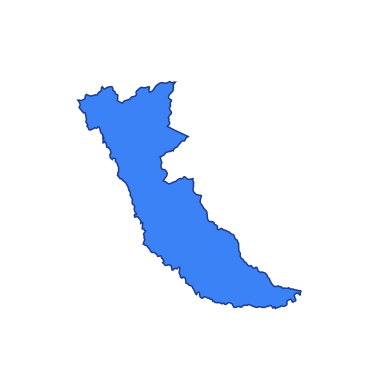 the district of Espinosa, Minas Gerais, Brazil, rotated 208°
{"feature_id": "56859067B62651951271608", "entity_name": "Espinosa", "entity_type": "district", "adm_level": 2, "iso_a3": "BRA", "parent_name": "Brazil", "parent_adm1": "Minas Gerais", "projection": "natural_earth1", "projection_center": [-42.979, -14.905], "detail": "fine", "context": "isolated", "style": "filled", "palette": "blue", "viewbox_px": 384, "rotation_deg": 208, "n_neighbors": 0, "source": "geoboundaries", "source_scale": "gbopen_adm2", "svg_char_len": 6084}
<svg xmlns="http://www.w3.org/2000/svg" viewBox="0 0 384 384"><g transform="rotate(208 192 192)"><path d="M306.0,203.6L305.5,205.5L304.2,205.7L303.4,204.7L302.1,203.7L301.3,202.4L299.8,201.3L297.4,200.7L297.3,199.6L295.2,198.3L296.1,197.6L294.8,196.3L293.8,193.7L292.9,194.1L292.9,195.8L290.3,194.3L288.9,192.2L287.9,191.4L286.8,192.1L285.7,191.5L284.1,191.1L281.8,188.3L282.1,186.4L280.2,183.9L277.6,183.2L277.6,184.8L276.5,185.2L275.2,185.2L274.4,184.5L274.3,183.2L271.1,182.1L270.6,181.0L268.2,179.2L267.4,177.3L266.4,175.7L266.6,174.2L265.9,173.3L265.8,171.8L264.1,171.2L262.1,170.1L261.2,170.1L260.4,170.8L259.0,169.8L254.8,169.0L250.1,165.9L249.5,164.8L248.4,163.8L246.4,162.8L245.7,161.6L244.9,159.9L243.2,159.1L241.4,157.7L239.6,154.0L238.8,153.3L237.1,153.3L235.6,151.9L235.4,150.4L234.1,148.6L233.3,147.9L230.6,146.6L230.9,145.5L232.1,145.3L231.9,144.0L230.7,142.9L229.4,144.1L227.8,144.5L226.9,143.9L225.0,143.4L223.4,142.1L222.6,140.2L221.5,141.9L220.5,141.3L220.3,139.5L219.6,138.3L218.8,136.1L217.2,136.8L216.4,135.9L214.6,135.8L215.1,132.6L214.6,131.6L213.4,130.5L212.8,128.9L211.4,127.8L210.7,123.2L208.7,123.0L206.7,123.3L202.0,121.3L200.9,120.3L199.4,119.8L197.9,120.3L196.9,120.9L193.5,120.2L192.2,119.1L191.1,119.6L190.3,120.5L189.6,121.0L188.7,120.6L187.9,119.4L186.8,119.4L185.6,118.4L184.7,118.2L184.4,117.2L184.8,115.8L182.3,115.1L181.2,114.6L179.8,115.4L178.5,116.8L175.9,117.2L173.0,113.7L171.9,114.4L171.7,115.8L170.9,116.7L169.0,117.1L168.8,118.4L167.8,119.7L167.0,119.1L166.5,118.0L166.0,116.0L165.4,114.6L163.3,112.9L162.6,111.9L161.7,111.3L160.3,111.3L159.6,112.9L157.7,112.8L156.4,111.5L154.5,108.6L153.2,109.1L150.9,108.3L148.5,108.8L147.5,108.7L146.3,107.5L145.3,107.2L141.0,103.8L139.8,103.5L139.8,106.1L139.0,106.8L137.7,106.0L136.8,104.5L135.9,103.5L135.1,103.0L133.9,102.8L132.9,103.1L132.4,104.8L131.1,105.6L128.7,105.7L127.0,106.2L125.6,105.9L124.4,106.6L123.4,106.2L122.6,105.3L121.5,105.7L119.9,105.3L117.6,106.1L116.4,107.0L115.5,107.1L114.5,107.5L113.3,107.2L111.8,108.6L110.5,108.3L109.4,108.6L108.6,109.9L107.9,111.5L106.8,112.1L103.6,111.9L101.9,110.4L100.9,110.0L99.8,110.2L98.4,111.4L97.7,112.6L96.7,113.0L95.4,113.0L94.2,113.6L93.8,115.0L92.9,116.4L91.8,117.1L90.0,117.9L89.5,119.0L87.2,119.7L84.3,119.7L83.0,120.1L81.7,120.1L79.8,121.0L79.0,122.3L75.8,123.2L73.9,124.0L72.1,126.1L70.6,127.2L69.9,128.5L68.9,128.9L66.0,127.5L65.1,128.3L65.3,129.4L64.4,129.4L63.5,128.5L63.1,129.5L61.8,130.3L61.2,131.3L60.3,132.0L59.9,133.2L56.8,134.4L55.4,136.6L55.6,137.9L56.7,139.6L56.8,140.6L56.1,141.9L54.9,143.4L53.9,143.6L52.1,142.2L51.2,142.1L49.4,144.6L49.8,145.7L51.4,146.7L52.0,147.6L53.0,148.0L53.3,149.6L52.8,150.9L52.2,151.6L50.8,152.4L50.0,152.4L48.9,151.6L48.1,152.1L48.9,153.3L49.2,155.6L50.1,155.8L51.4,154.8L52.8,154.8L55.8,153.8L57.0,153.8L59.4,152.7L60.7,152.4L61.5,153.0L62.1,152.2L63.0,151.5L65.7,150.4L66.3,149.6L69.1,150.1L70.2,149.4L71.5,149.7L74.1,147.6L75.5,147.3L79.0,148.6L79.8,149.3L82.0,150.7L82.6,151.5L85.0,152.4L87.1,154.0L89.2,154.8L92.9,154.1L93.7,153.3L96.1,153.2L97.4,154.1L98.4,155.2L99.5,155.9L100.5,155.3L101.2,153.8L102.3,153.7L103.6,154.0L105.0,154.8L105.9,154.4L106.4,153.6L107.3,153.2L110.0,154.3L111.0,155.0L112.6,154.9L115.7,156.6L116.6,156.4L117.6,156.8L119.3,158.0L120.6,160.6L122.4,161.6L123.3,162.5L126.9,168.7L128.2,169.3L128.8,170.1L129.9,170.8L132.1,171.0L133.9,172.9L134.9,173.5L135.8,173.8L136.8,173.5L137.9,173.5L140.6,174.2L141.5,173.9L143.7,174.0L146.6,173.4L148.4,173.7L149.2,173.6L150.4,171.7L151.4,170.8L152.3,171.4L153.3,173.5L154.3,174.1L156.7,174.0L157.5,174.4L158.2,175.4L160.4,175.3L162.5,174.3L163.8,174.0L166.1,176.2L169.4,181.2L170.2,181.8L174.0,183.2L177.0,185.1L179.1,186.0L180.3,187.3L181.3,190.2L181.9,193.1L183.2,193.1L184.2,192.5L187.1,191.9L189.3,192.4L191.3,193.4L192.3,194.6L193.4,198.0L194.1,199.0L194.8,200.9L197.0,203.1L197.4,204.3L200.4,201.8L201.5,201.4L202.8,201.4L205.6,202.1L206.5,201.2L206.5,200.1L206.9,199.1L209.2,198.1L210.1,196.8L211.3,193.8L213.7,191.2L215.2,189.1L216.2,188.3L217.7,188.2L219.1,188.6L220.9,188.6L222.3,188.1L222.7,189.2L222.1,192.7L222.0,194.3L222.4,196.5L223.4,197.6L225.2,198.6L226.7,198.9L228.9,198.0L230.3,198.8L231.8,200.6L232.2,201.8L232.2,202.9L232.5,203.9L234.3,205.5L236.7,208.2L235.5,209.2L234.9,210.6L234.2,211.2L233.7,214.2L233.0,215.3L231.8,216.3L231.1,217.3L229.8,217.8L229.3,219.3L227.9,219.5L228.2,220.6L228.0,221.8L227.4,223.5L226.3,224.6L225.9,227.8L225.3,229.5L225.2,231.1L224.4,232.6L222.7,233.5L222.5,236.0L222.7,237.3L221.9,238.2L221.4,239.2L236.8,238.4L244.7,238.4L243.8,241.1L244.0,242.4L245.7,243.9L246.9,246.1L247.8,246.5L247.8,249.6L247.3,250.6L247.1,251.9L248.4,253.4L249.5,253.6L251.3,255.3L251.4,258.0L252.1,259.1L253.1,260.0L253.1,261.1L252.8,262.4L253.5,263.6L255.5,263.6L256.8,263.9L257.4,265.1L257.7,266.6L257.5,268.1L256.5,271.2L256.3,272.3L257.5,275.7L258.8,277.7L258.3,281.2L259.6,280.4L261.4,278.7L262.4,279.1L263.5,279.1L265.6,276.2L268.8,274.7L269.9,274.5L271.5,273.1L272.4,271.4L273.7,268.5L274.1,263.8L274.4,262.9L275.5,260.9L276.3,260.1L277.4,261.0L278.2,262.6L278.4,263.7L278.8,264.7L279.9,264.5L281.8,262.4L283.2,261.6L284.3,261.0L285.4,261.0L287.2,258.7L287.4,257.4L288.3,255.6L288.3,254.0L287.5,252.7L286.6,251.8L287.0,250.4L288.9,248.3L289.9,247.7L290.5,245.1L291.3,243.9L294.4,240.7L294.9,239.6L295.1,237.8L298.1,237.5L301.0,237.7L301.4,239.7L302.2,240.7L302.5,241.9L303.1,242.9L305.6,242.8L307.3,244.4L309.7,244.7L310.1,245.7L310.7,246.5L311.8,247.3L312.8,247.2L314.3,246.0L315.1,245.2L316.0,244.7L317.4,241.9L318.5,241.7L319.6,242.4L320.7,242.8L320.9,241.7L320.0,239.4L319.9,237.8L320.8,236.9L321.3,235.8L321.2,234.1L321.5,233.1L322.8,232.6L325.1,230.2L327.1,228.9L331.0,228.6L331.4,227.0L330.9,225.6L330.2,224.4L330.8,223.3L332.1,221.3L333.1,220.6L334.7,220.3L335.9,219.4L334.6,219.0L331.8,216.9L331.4,215.3L331.5,213.8L330.5,213.2L325.0,210.9L323.6,211.9L320.6,208.3L319.1,206.2L318.9,204.9L318.4,203.8L316.7,203.1L315.7,202.4L315.8,201.0L314.0,200.1L312.0,198.6L310.7,199.1L309.7,200.7L308.9,201.4L308.0,203.0L306.0,203.6Z" fill="#3b82f6" stroke="#1e3a8a" stroke-width="1.5"/></g></svg>